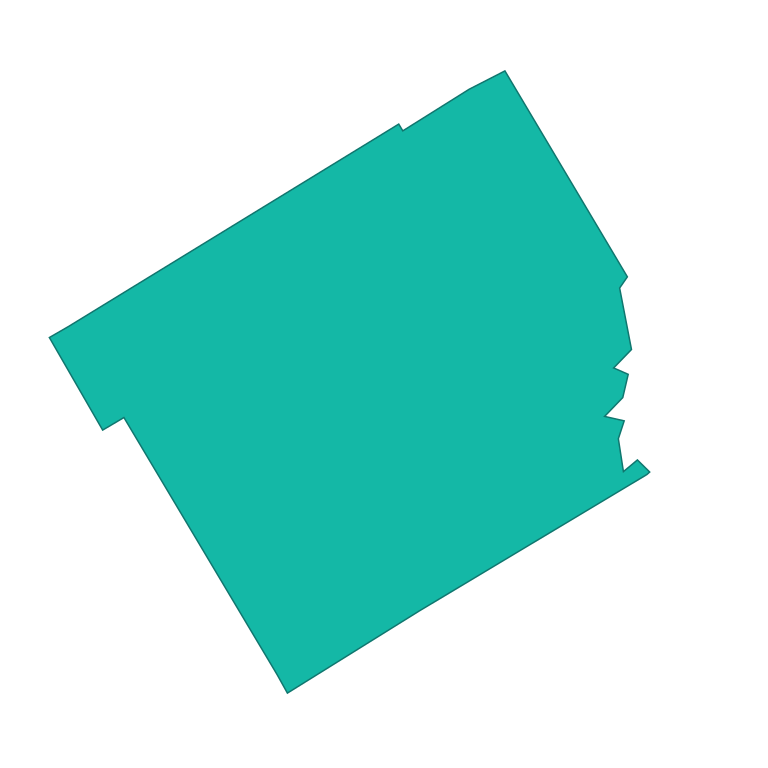 Wyoming, New York, United States of America, rotated 329°
{"feature_id": "52423323B94169185911577", "entity_name": "Wyoming", "entity_type": "district", "adm_level": 2, "iso_a3": "USA", "parent_name": "United States of America", "parent_adm1": "New York", "projection": "robinson", "projection_center": [-78.142, 42.695], "detail": "fine", "context": "isolated", "style": "filled", "palette": "teal", "viewbox_px": 768, "rotation_deg": 329, "n_neighbors": 0, "source": "geoboundaries", "source_scale": "gbopen_adm2", "svg_char_len": 471}
<svg xmlns="http://www.w3.org/2000/svg" viewBox="0 0 768 768"><g transform="rotate(329 384 384)"><path d="M566.4,596.3L562.1,579.6L544.1,582.4L556.7,551.6L570.9,539.3L556.4,525.4L581.7,518.6L598.3,501.5L589.1,488.5L613.9,481.9L635.4,423.1L647.8,417.5L648.9,177.9L608.8,175.2L530.5,176.7L530.5,168.8L142.8,172.2L121.1,171.8L119.1,278.6L143.8,278.8L142.7,578.1L142.0,599.2L297.0,596.7L562.7,597.0L566.4,596.3Z" fill="#14b8a6" stroke="#0f766e" stroke-width="1.5"/></g></svg>